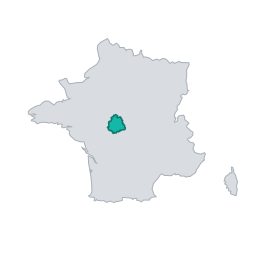 France, with Indre highlighted, rotated 346°
{"feature_id": "FRA-5309", "entity_name": "Indre", "entity_type": "Metropolitan department", "adm_level": 1, "iso_a3": "FRA", "parent_name": "France", "parent_adm1": "", "projection": "mercator", "projection_center": [1.588, 46.82], "detail": "fine", "context": "in_parent", "style": "filled", "palette": "teal", "viewbox_px": 256, "rotation_deg": 346, "n_neighbors": 0, "source": "natural_earth", "source_scale": "10m", "svg_char_len": 5745}
<svg xmlns="http://www.w3.org/2000/svg" viewBox="0 0 256 256"><g transform="rotate(346 128 128)"><path d="M196.0,106.3L194.4,107.2L193.5,109.0L192.5,109.4L190.6,109.4L189.8,108.3L187.6,109.0L186.7,110.1L188.0,111.5L183.6,117.2L180.9,118.7L180.3,122.3L177.1,125.1L175.8,128.0L175.7,128.5L176.6,129.5L176.2,131.4L174.6,132.6L174.6,133.8L175.0,133.9L177.6,133.0L178.5,131.9L178.0,130.3L180.5,128.5L185.1,129.0L185.6,131.4L185.0,133.5L188.3,138.0L185.4,140.1L185.3,141.4L188.2,145.9L190.0,147.8L189.0,150.8L185.9,152.7L184.0,152.5L183.1,153.0L183.2,153.9L184.6,156.6L187.9,158.4L188.4,160.4L187.5,161.1L185.9,164.2L186.6,165.7L186.4,166.3L186.7,167.3L187.6,168.4L192.1,170.9L196.3,170.5L196.8,171.9L194.3,175.9L194.4,177.7L193.1,177.7L192.9,178.3L190.3,179.6L186.2,183.6L184.3,184.7L183.5,186.7L182.4,187.8L176.5,190.1L175.4,189.6L172.5,189.7L170.7,188.2L167.2,187.3L166.1,185.2L162.9,184.9L162.7,183.5L158.2,184.7L151.8,182.8L149.6,180.8L147.8,181.3L146.1,183.1L139.3,188.0L136.6,192.9L137.1,198.7L138.6,201.5L134.5,201.0L132.0,201.9L131.4,203.1L125.5,201.7L123.3,202.9L122.7,202.8L121.9,201.6L119.0,200.2L119.5,199.3L119.1,198.4L116.4,197.7L115.4,198.6L114.4,196.9L106.8,194.3L105.5,194.3L105.0,196.9L100.1,196.9L99.4,196.4L96.3,196.9L92.9,194.5L89.2,195.0L86.9,192.5L84.7,192.3L81.5,191.0L80.1,190.3L79.9,189.6L79.0,190.7L77.8,190.5L77.5,190.1L78.3,188.7L78.4,187.1L74.5,185.9L73.5,184.7L73.5,184.1L75.6,183.6L77.5,181.3L79.3,173.1L80.6,163.3L81.6,161.4L82.8,160.9L81.8,159.5L80.6,161.3L81.3,152.2L82.7,145.3L86.1,148.2L86.8,149.4L87.8,153.5L89.7,155.2L88.5,153.5L87.3,148.1L86.5,146.5L81.2,141.9L81.1,140.9L83.4,141.4L82.4,138.0L81.9,130.7L78.7,130.0L73.6,126.9L70.0,121.3L69.6,119.2L70.5,117.0L69.7,115.5L68.2,114.6L69.4,112.6L70.4,112.4L74.1,113.6L71.1,111.7L66.2,112.3L64.2,111.7L63.9,110.4L65.2,108.7L63.6,107.6L60.7,107.8L60.4,107.4L61.2,106.1L60.5,105.7L58.2,106.1L56.9,105.7L55.7,104.3L52.0,104.0L51.1,103.2L46.0,101.6L40.7,101.8L39.2,99.0L35.9,97.6L36.5,96.7L39.8,95.9L40.4,95.1L38.1,93.9L37.2,92.7L41.6,92.5L39.6,91.2L35.4,91.3L34.8,89.6L35.3,87.8L37.8,86.3L44.0,84.5L48.4,84.5L51.6,82.5L54.7,81.9L57.7,82.9L61.8,87.9L65.0,85.7L69.7,85.8L70.7,87.0L72.0,84.7L73.1,86.1L78.9,85.6L77.5,84.7L76.4,82.6L76.2,74.7L73.2,69.0L72.5,66.9L72.6,65.1L76.1,65.4L79.0,64.6L80.4,65.2L80.8,68.9L82.0,71.0L90.0,71.7L94.7,72.8L98.6,70.7L102.3,69.8L102.5,69.3L100.4,69.5L98.5,68.6L98.2,67.6L99.3,64.7L104.8,61.5L113.0,58.7L115.1,56.9L117.6,53.6L117.0,52.7L117.4,43.6L118.6,40.6L121.7,38.4L129.7,36.2L130.7,39.1L130.6,40.8L132.8,43.4L133.8,44.2L137.3,42.8L139.0,45.2L139.5,47.9L143.6,49.0L144.9,52.5L145.6,51.7L148.3,51.9L149.5,52.2L151.2,53.7L150.7,55.8L151.4,56.8L150.7,58.7L151.2,59.5L156.0,59.5L157.5,58.6L158.1,56.7L159.6,55.6L160.1,55.9L159.2,59.5L159.9,60.4L160.2,63.0L162.0,63.2L165.6,65.2L168.5,68.6L172.2,68.0L175.1,69.9L178.1,68.9L180.9,69.9L181.9,70.9L184.5,75.6L186.6,74.6L188.0,75.2L188.5,76.5L193.9,75.7L194.8,77.0L195.9,77.5L202.8,79.3L202.8,81.0L198.9,85.9L197.2,92.9L196.0,95.3L195.6,97.2L195.9,98.4L195.7,100.2L194.9,104.7L195.3,106.0L196.0,106.3ZM220.3,194.9L219.9,197.5L220.9,199.3L221.2,206.8L219.3,210.4L218.9,214.7L216.5,219.8L212.7,217.5L211.5,216.3L212.6,214.3L210.4,213.2L210.9,211.3L210.7,210.4L209.1,210.3L209.0,209.8L210.2,208.3L210.1,207.4L208.7,206.2L208.4,205.2L209.8,204.1L209.2,203.0L208.4,202.8L210.3,199.4L211.6,198.4L214.6,197.4L215.8,196.1L217.8,196.8L218.1,196.5L218.8,191.1L219.4,191.0L220.1,191.7L220.3,194.9ZM81.5,138.4L81.0,140.0L79.0,137.2L78.7,135.7L81.5,138.4Z" fill="#d9dde1" stroke="#a8b0b8" stroke-width="1"/><path d="M113.8,116.3L113.9,116.2L114.0,115.7L114.4,115.7L114.5,115.6L114.6,115.2L114.5,114.8L114.3,114.4L114.1,114.1L115.4,113.4L116.0,113.2L116.7,113.4L116.8,113.0L117.0,112.7L117.3,112.7L117.6,112.8L117.6,112.6L117.7,112.3L117.7,112.2L118.2,112.3L118.4,112.4L118.6,112.5L119.3,112.1L120.8,113.5L120.8,114.0L120.6,114.5L119.9,115.2L120.2,115.4L121.4,115.7L121.6,115.6L122.2,115.4L122.4,115.3L123.1,115.4L123.4,115.5L123.5,115.7L123.5,115.8L123.6,116.0L123.5,116.3L123.4,116.6L123.4,116.8L123.5,116.9L123.8,117.2L124.0,117.4L124.1,117.7L124.1,118.0L123.9,118.5L123.9,118.8L124.0,119.1L124.5,119.3L124.6,119.5L124.1,120.2L124.0,120.4L123.9,120.8L123.8,121.1L123.9,121.4L124.0,121.5L124.3,121.7L124.4,122.0L123.9,122.5L123.7,122.9L123.8,123.0L124.5,123.3L124.8,123.5L124.7,123.9L124.8,124.1L125.1,124.4L125.3,124.6L125.3,124.9L125.3,125.2L125.2,125.4L124.9,126.0L124.9,126.3L125.0,126.3L125.2,126.5L125.3,126.7L125.4,127.1L125.4,127.4L125.4,127.6L125.2,127.8L124.9,128.1L124.8,128.4L124.7,128.7L124.2,128.8L123.8,128.6L123.0,128.6L122.9,128.6L122.7,128.4L121.3,128.4L121.2,128.4L120.8,128.6L120.7,128.7L120.4,128.6L120.1,128.2L119.9,128.1L119.7,128.3L119.6,128.5L119.6,128.8L119.6,129.0L119.4,129.1L118.7,129.0L118.4,129.2L118.3,129.3L118.2,129.4L117.8,129.4L117.7,129.3L117.7,129.2L117.6,128.9L117.2,128.9L116.8,128.8L116.7,128.8L115.7,129.7L115.2,130.0L114.7,129.6L114.5,129.4L114.5,129.2L114.3,129.1L114.2,129.1L114.0,129.3L113.9,129.5L113.6,129.6L113.1,129.7L112.9,129.7L112.7,129.7L112.4,129.5L112.1,129.3L112.4,128.5L112.2,128.3L112.0,128.2L111.8,128.1L111.7,127.9L111.7,127.7L111.8,127.2L111.7,127.0L111.6,126.8L111.5,126.7L111.4,126.6L111.2,126.5L110.3,126.5L110.2,126.5L110.1,126.3L110.1,126.1L109.9,125.9L109.7,125.9L109.3,125.7L109.0,125.4L108.9,125.2L108.7,124.7L108.6,124.1L108.7,123.8L108.7,123.7L108.8,123.6L108.8,123.4L108.7,123.2L108.6,122.8L108.5,122.7L108.3,122.4L108.8,122.1L109.1,122.6L109.6,122.3L109.9,121.4L110.3,119.3L110.3,119.0L110.3,118.8L110.6,118.6L110.6,118.4L110.6,118.0L110.6,117.7L110.8,117.4L111.2,117.2L111.9,117.0L112.1,117.0L112.7,117.3L112.9,117.4L113.4,116.9L113.7,116.3L113.8,116.3L113.8,116.3Z" fill="#14b8a6" stroke="#0f766e" stroke-width="1.5"/></g></svg>